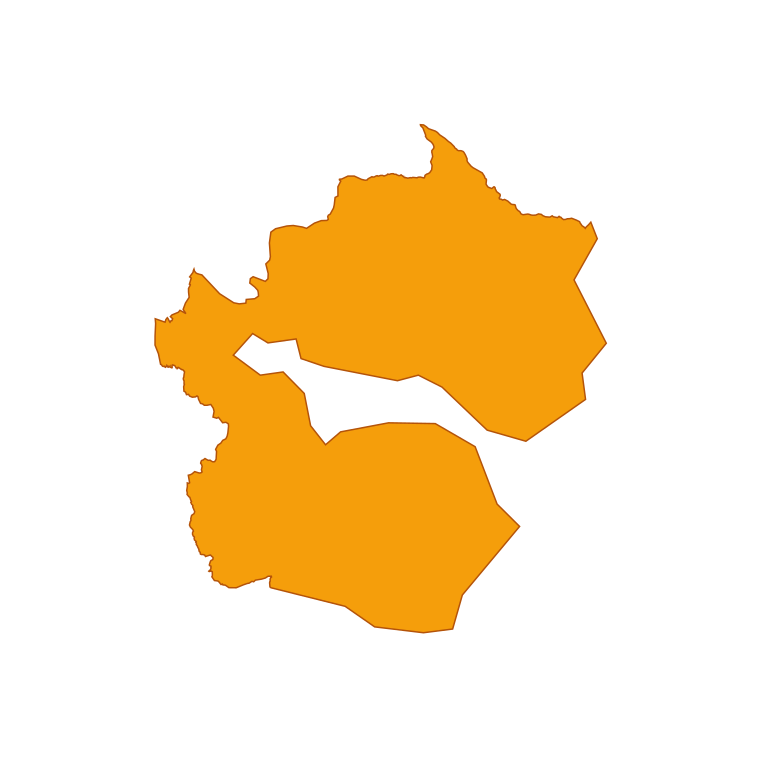 Ala-Buka, Jalal-Abad, Kyrgyzstan (Mercator projection), rotated 133°
{"feature_id": "92254566B39559079408831", "entity_name": "Ala-Buka", "entity_type": "district", "adm_level": 2, "iso_a3": "KGZ", "parent_name": "Kyrgyzstan", "parent_adm1": "Jalal-Abad", "projection": "mercator", "projection_center": [71.199, 41.407], "detail": "fine", "context": "isolated", "style": "filled", "palette": "amber", "viewbox_px": 768, "rotation_deg": 133, "n_neighbors": 0, "source": "geoboundaries", "source_scale": "gbopen_adm2", "svg_char_len": 6159}
<svg xmlns="http://www.w3.org/2000/svg" viewBox="0 0 768 768"><g transform="rotate(133 384 384)"><path d="M124.6,343.1L127.9,343.0L131.3,343.2L132.9,343.0L132.7,344.1L133.2,347.2L132.8,348.7L132.5,350.3L131.9,351.7L132.9,355.0L134.8,359.8L136.6,361.1L138.1,362.6L139.7,363.4L141.3,364.8L141.6,367.1L141.4,368.1L141.6,368.8L142.0,369.1L142.0,370.3L144.0,370.6L146.2,374.2L146.3,375.7L148.8,376.5L150.2,378.2L151.6,380.0L152.6,382.8L152.6,384.5L154.2,387.0L157.1,388.3L159.1,390.3L160.1,391.7L160.8,393.4L161.6,394.7L165.3,397.7L165.9,399.0L166.1,400.2L165.5,401.5L165.4,403.0L165.7,403.6L165.7,404.7L165.5,406.8L164.9,408.1L163.6,410.1L163.9,411.0L164.9,412.2L165.7,413.5L165.8,418.2L166.8,421.7L168.6,422.7L168.9,424.3L169.9,425.7L169.4,426.7L168.4,426.8L166.9,427.5L166.1,428.5L166.5,432.9L165.7,434.8L165.6,435.4L164.6,436.8L164.6,437.8L165.0,438.2L167.2,438.4L167.6,438.7L169.0,442.0L168.7,444.0L168.2,445.7L164.8,448.3L164.4,449.1L164.5,450.8L163.6,452.1L162.6,456.1L165.1,466.4L165.3,468.9L164.7,474.1L163.9,475.8L162.7,476.7L161.0,480.5L160.1,483.4L160.0,484.7L160.6,486.3L161.0,487.0L162.5,488.6L163.0,489.9L162.7,490.9L163.0,493.2L162.5,494.6L162.3,499.5L162.7,502.3L162.8,507.0L163.8,513.2L163.6,516.4L164.0,518.9L166.9,525.5L167.0,528.5L167.5,531.7L169.5,534.2L170.1,533.4L170.2,530.2L173.6,523.2L174.6,522.6L175.4,519.6L174.8,514.2L175.3,511.4L176.5,509.1L177.8,508.4L180.6,508.2L181.9,507.1L182.8,505.7L184.5,503.5L186.7,502.5L189.7,501.4L191.3,498.0L192.2,497.2L194.9,495.2L198.4,494.7L200.3,495.3L201.3,495.9L203.3,496.3L204.0,496.0L204.6,495.4L205.0,495.5L206.0,495.2L207.9,498.6L209.5,500.1L210.6,500.4L213.2,503.8L214.7,504.7L215.1,505.5L217.3,507.0L217.6,507.8L218.4,508.9L218.4,509.3L218.8,509.5L219.1,509.9L219.1,510.5L218.7,511.2L219.3,511.9L219.2,512.8L219.4,513.3L219.3,513.8L219.4,514.2L220.4,514.3L221.4,515.1L222.2,517.0L222.4,518.2L223.7,519.7L223.8,520.6L225.4,522.2L227.0,523.0L228.0,524.5L229.3,524.5L231.9,525.8L232.4,527.3L233.7,528.7L235.8,529.9L236.2,530.4L236.2,530.9L236.8,531.4L237.8,531.9L239.0,532.2L240.2,533.2L240.6,534.2L244.7,535.6L246.3,535.5L247.8,536.7L249.7,540.0L252.2,547.5L256.6,552.2L262.9,554.7L264.6,556.2L265.1,555.9L265.1,554.0L271.2,552.2L277.9,545.9L280.9,547.0L287.0,542.5L289.8,540.9L296.4,539.2L298.5,539.8L300.0,539.3L301.6,537.0L303.3,537.3L307.3,541.3L313.8,544.6L323.0,546.8L324.8,550.7L330.0,558.5L334.7,562.8L344.4,569.2L350.1,570.3L359.0,564.0L368.4,553.9L371.4,552.1L376.8,552.3L382.2,544.0L386.2,540.6L389.9,540.8L394.8,552.9L398.1,553.6L401.7,551.0L401.2,544.7L401.6,540.2L402.8,538.4L405.3,535.7L409.8,536.7L416.1,542.4L419.1,540.2L424.1,544.5L427.1,549.3L430.1,565.8L428.4,591.6L429.8,594.1L431.0,596.8L430.7,599.6L429.6,601.3L431.0,600.8L432.7,599.8L438.2,599.2L438.0,597.2L443.7,594.4L443.4,593.5L443.6,593.2L447.5,592.1L450.2,589.5L453.5,585.6L460.2,584.4L466.4,581.8L467.6,576.9L468.8,581.8L469.3,583.5L471.7,583.3L478.1,586.2L480.4,586.2L480.4,583.1L482.3,582.3L483.0,582.9L484.8,582.6L484.7,583.2L483.4,586.8L483.3,587.7L485.6,587.5L488.1,586.3L492.3,595.8L495.6,592.2L505.0,584.2L511.7,578.0L515.7,569.6L522.0,560.8L521.7,560.3L521.8,559.3L522.0,558.7L522.0,558.0L521.8,557.5L521.3,557.2L521.0,556.2L520.6,556.3L520.6,555.9L520.9,555.6L520.8,555.2L519.2,555.2L518.5,555.5L518.6,555.0L519.0,554.8L519.1,553.8L518.8,553.5L518.3,553.6L518.5,553.0L518.0,552.8L517.0,552.7L517.4,552.4L517.5,551.9L517.0,550.4L516.7,550.1L516.2,550.3L515.3,551.4L514.4,551.8L513.8,551.0L513.8,550.4L513.3,549.8L513.4,548.8L514.0,547.0L513.4,546.5L513.4,546.1L513.8,545.7L513.5,545.5L512.2,545.9L512.1,545.7L511.8,544.4L511.8,543.2L511.5,542.9L511.6,542.6L511.5,541.8L510.8,541.0L511.0,539.3L510.8,538.9L511.1,538.2L513.7,536.5L515.5,535.1L516.5,534.8L517.1,534.3L517.7,533.5L518.0,532.4L520.4,530.2L520.3,529.8L522.6,528.7L525.7,525.4L525.3,523.5L526.5,521.2L524.9,519.9L525.4,517.9L524.4,515.2L521.9,513.0L520.3,512.7L520.1,511.5L521.7,509.1L523.3,504.9L522.3,503.2L522.1,500.9L520.2,498.9L517.1,496.7L518.1,492.4L519.9,489.6L524.8,486.5L523.1,483.0L521.3,482.3L522.4,475.6L519.8,473.5L519.3,470.7L520.9,468.9L526.3,464.8L529.2,463.1L532.0,462.3L535.2,463.5L538.6,463.0L542.0,463.8L546.6,462.6L547.5,460.5L553.6,455.4L556.3,454.9L557.6,456.0L558.1,457.4L558.3,459.2L559.8,460.6L560.6,464.1L563.1,464.5L563.7,465.0L564.7,465.2L566.9,464.2L567.1,463.9L567.2,462.7L568.3,460.8L571.3,459.0L572.4,457.1L573.8,457.3L575.1,458.4L577.2,462.7L580.6,463.1L582.3,463.7L584.2,464.9L588.8,458.8L589.8,459.0L590.5,460.4L593.1,457.9L596.4,455.7L597.8,453.6L599.1,452.7L599.5,449.5L599.3,448.7L600.6,446.4L601.3,444.6L602.3,444.6L603.1,442.6L603.2,441.0L604.3,440.1L606.4,435.4L608.3,434.5L611.3,435.1L614.1,433.6L615.5,432.1L616.9,431.8L619.8,430.1L620.7,428.0L620.9,424.5L621.6,423.0L622.9,422.9L624.4,421.7L625.3,419.8L625.1,419.0L625.3,418.2L626.2,417.8L627.3,416.3L627.3,413.9L628.1,413.8L628.3,412.7L629.5,411.7L629.6,410.3L630.1,409.6L630.9,407.3L631.4,406.4L632.2,405.4L632.5,404.8L632.4,404.4L632.5,403.6L633.0,403.1L633.6,402.2L633.2,401.2L632.2,400.1L631.4,398.5L631.9,396.9L627.5,394.4L627.4,393.9L627.5,393.0L627.4,390.8L627.9,390.3L629.1,389.5L631.0,390.1L631.8,390.1L633.2,389.5L635.4,388.4L635.8,387.8L635.2,386.4L635.6,385.9L636.2,385.6L636.4,385.1L637.3,384.6L638.0,384.5L638.4,384.0L638.7,383.9L639.0,384.3L640.4,384.5L640.4,384.1L640.1,383.7L638.8,383.0L638.4,381.6L640.7,379.3L641.8,378.5L642.4,378.4L643.4,374.0L641.4,371.2L641.3,369.7L641.8,366.4L640.5,365.7L640.8,364.7L640.0,363.8L639.3,362.7L638.7,358.5L633.8,353.1L626.8,349.9L623.2,348.0L621.6,346.8L618.4,346.0L617.5,344.4L615.2,344.3L610.1,340.4L606.7,338.4L603.7,337.7L601.4,335.3L601.9,334.6L602.9,334.8L604.4,334.2L605.8,332.8L606.2,332.8L607.4,332.1L610.2,329.0L610.1,327.7L573.1,260.8L568.0,225.2L539.0,185.5L516.4,166.7L484.9,182.8L395.7,187.7L394.7,219.4L367.7,274.6L378.0,319.5L409.3,354.2L448.6,383.1L468.3,385.3L464.6,409.2L445.3,435.9L444.0,466.0L461.9,480.5L465.7,513.9L436.7,514.5L433.1,496.9L411.0,479.0L422.0,462.0L412.0,439.9L372.4,376.4L354.1,364.9L346.7,339.5L347.4,277.1L329.1,241.2L257.8,226.1L240.9,246.6L202.6,249.2L178.3,316.0L132.3,327.1L124.6,343.1Z" fill="#f59e0b" stroke="#b45309" stroke-width="1.5"/></g></svg>